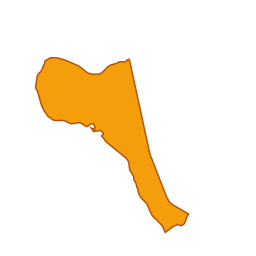 an SVG outline of Negros Oriental, rotated 133°
{"feature_id": "PHL-2516", "entity_name": "Negros Oriental", "entity_type": "Province", "adm_level": 1, "iso_a3": "PHL", "parent_name": "Philippines", "parent_adm1": "", "projection": "robinson", "projection_center": [123.114, 9.74], "detail": "fine", "context": "isolated", "style": "filled", "palette": "amber", "viewbox_px": 256, "rotation_deg": 133, "n_neighbors": 0, "source": "natural_earth", "source_scale": "10m", "svg_char_len": 1312}
<svg xmlns="http://www.w3.org/2000/svg" viewBox="0 0 256 256"><g transform="rotate(133 128 128)"><path d="M179.0,29.5L176.2,36.2L175.9,39.5L175.7,49.4L175.0,52.4L170.9,61.8L170.4,65.3L170.3,68.9L169.9,71.9L169.0,74.6L162.9,84.8L161.8,88.5L160.8,89.6L159.9,90.4L159.4,91.2L157.6,98.0L153.8,102.6L152.0,105.4L151.3,108.8L153.1,134.7L152.3,138.3L152.2,139.8L151.8,142.0L150.8,142.1L149.6,141.7L148.6,142.4L148.5,146.4L154.0,150.7L153.1,154.8L151.9,151.6L149.6,153.1L148.5,156.3L150.8,158.1L154.5,158.6L155.7,160.2L155.9,162.8L156.7,166.2L158.6,168.4L161.4,170.4L163.9,172.7L166.0,179.6L168.3,182.4L171.0,185.0L173.1,187.9L174.1,194.1L172.7,201.0L170.1,207.3L162.8,219.2L162.2,221.6L161.1,223.5L151.9,229.8L150.1,230.4L145.4,230.4L143.8,230.7L141.1,232.1L138.2,232.7L136.1,234.1L134.9,234.4L129.2,232.4L124.9,227.5L121.7,221.4L116.2,206.4L115.4,196.3L114.6,193.6L113.1,191.0L109.9,187.4L107.6,185.6L105.4,184.9L96.6,184.4L93.9,183.7L88.1,180.2L86.2,179.7L85.0,179.1L83.9,177.9L83.0,176.5L82.1,175.5L80.5,175.0L78.7,174.9L77.3,174.4L77.0,173.7L132.2,94.1L152.2,52.5L153.8,47.7L153.8,43.3L149.6,25.1L152.9,24.4L156.2,22.8L159.6,21.6L162.8,22.2L163.4,22.7L163.8,23.3L164.0,24.0L164.2,24.8L164.6,25.8L165.1,26.1L165.8,26.2L169.0,27.7L176.5,29.2L179.0,29.5Z" fill="#f59e0b" stroke="#b45309" stroke-width="1.5"/></g></svg>